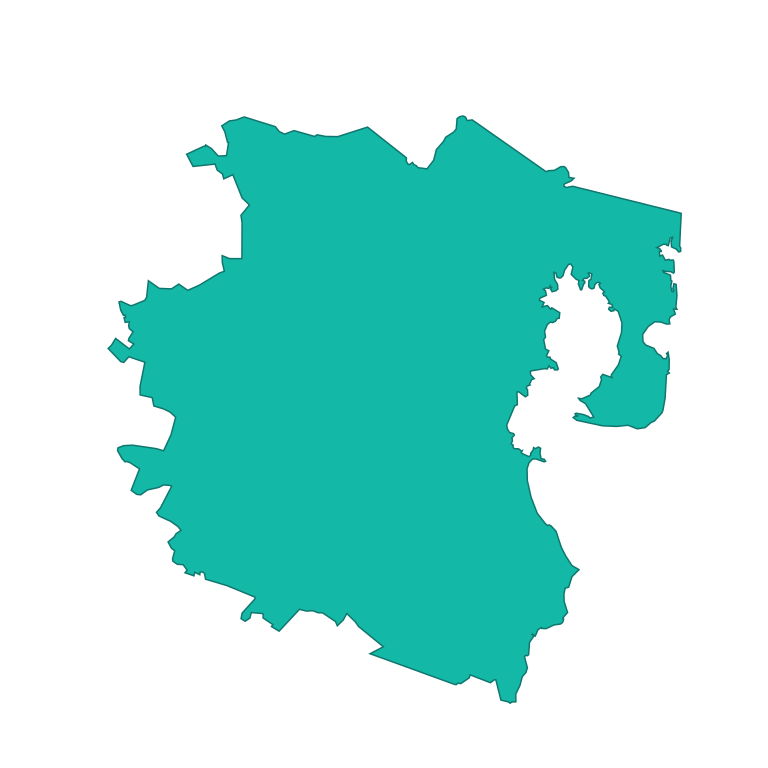 San Antero, Córdoba, Colombia (Natural Earth projection), rotated 104°
{"feature_id": "7082276B13648445071260", "entity_name": "San Antero", "entity_type": "district", "adm_level": 2, "iso_a3": "COL", "parent_name": "Colombia", "parent_adm1": "Córdoba", "projection": "natural_earth1", "projection_center": [-75.777, 9.358], "detail": "fine", "context": "isolated", "style": "filled", "palette": "teal", "viewbox_px": 768, "rotation_deg": 104, "n_neighbors": 0, "source": "geoboundaries", "source_scale": "gbopen_adm2", "svg_char_len": 6171}
<svg xmlns="http://www.w3.org/2000/svg" viewBox="0 0 768 768"><g transform="rotate(104 384 384)"><path d="M416.3,660.2L426.0,644.8L426.0,641.7L419.3,638.2L420.7,621.3L445.5,620.1L453.6,618.0L453.3,605.6L461.0,602.0L461.5,591.9L463.0,584.8L466.6,578.1L485.0,578.4L502.1,581.7L501.8,589.4L504.2,613.2L506.8,621.7L510.2,626.6L513.1,626.4L519.8,620.1L522.2,616.4L521.5,615.3L521.7,611.6L525.5,600.7L548.4,603.6L550.9,597.2L550.4,593.3L544.1,588.0L538.8,577.5L535.3,573.5L534.2,567.6L534.6,565.3L558.1,570.9L563.6,573.7L566.6,570.2L568.8,558.1L571.9,549.9L575.1,545.5L579.5,549.5L582.8,550.4L589.5,555.3L594.8,550.5L596.5,546.7L604.7,546.9L607.1,545.9L608.9,541.0L607.9,535.1L612.3,530.0L615.3,531.4L616.1,522.0L612.5,522.1L613.6,516.6L611.1,517.0L610.2,514.4L611.4,512.3L616.6,509.9L617.6,487.7L622.0,457.7L623.7,457.2L640.7,466.3L646.3,465.9L647.8,461.3L643.6,457.5L637.9,457.5L636.2,447.0L636.5,445.6L640.3,444.7L644.3,433.7L646.6,434.5L649.2,426.0L623.1,411.5L623.1,404.3L621.2,398.3L621.9,392.7L620.9,388.3L626.2,373.6L629.9,370.8L622.8,366.4L615.7,364.6L621.7,354.3L625.4,350.1L639.1,321.1L649.1,332.3L658.4,242.9L658.2,241.1L656.5,240.2L656.1,237.0L648.5,230.2L645.4,230.1L648.1,208.4L644.4,205.5L644.0,203.9L662.4,194.1L662.4,186.8L663.2,184.3L661.6,183.0L660.5,179.2L652.8,181.1L643.9,179.2L634.4,179.0L629.7,176.5L624.7,176.2L614.8,181.6L613.1,181.0L612.9,179.1L611.7,178.2L599.4,180.3L592.2,177.6L591.2,179.8L590.7,179.6L592.0,176.3L585.1,175.1L582.3,172.5L583.0,171.9L582.2,167.6L576.7,160.8L574.2,154.7L572.1,153.0L568.6,152.8L567.9,154.0L561.3,150.6L551.3,156.7L544.1,158.6L538.3,158.8L536.5,155.7L525.5,155.0L517.0,149.9L514.7,157.7L506.9,166.1L499.5,172.5L485.2,181.5L481.2,187.7L480.8,189.6L481.7,190.9L480.6,193.5L472.3,204.1L458.1,214.0L442.9,221.6L431.6,224.7L425.3,224.2L421.0,221.8L419.9,218.7L420.8,209.8L419.9,208.5L418.3,210.2L418.4,213.5L413.5,215.9L408.5,216.5L407.8,218.9L410.1,221.4L409.5,223.4L412.3,223.4L415.6,224.9L417.8,224.4L419.4,225.9L418.1,232.9L417.4,234.2L415.2,233.8L415.8,234.6L414.3,237.7L415.3,242.1L413.6,243.8L412.1,243.8L411.3,246.1L408.0,245.6L405.0,246.9L402.1,245.1L400.8,246.2L400.7,250.4L398.0,253.2L394.2,255.0L373.8,251.9L371.8,249.6L359.6,253.1L359.0,251.5L362.2,243.7L360.1,241.8L354.7,243.4L353.6,244.9L351.6,244.8L349.6,242.0L349.1,242.8L344.0,241.8L342.5,239.5L339.8,243.7L336.8,245.1L335.6,244.2L330.2,231.8L330.0,229.3L326.5,228.3L328.3,225.8L327.2,223.4L329.0,222.1L328.5,219.3L327.3,218.5L321.6,222.1L319.5,228.4L317.8,229.4L318.4,231.8L317.4,233.2L311.9,232.1L311.1,235.7L302.3,239.8L299.5,238.6L293.9,241.0L286.9,239.9L283.5,237.5L283.7,235.5L281.8,232.9L278.4,231.7L277.9,229.9L272.3,230.7L269.5,239.6L271.1,240.3L268.4,244.5L270.9,249.2L266.1,248.4L265.2,253.5L263.1,253.6L258.7,247.9L254.4,249.9L253.4,252.3L251.5,249.9L251.4,247.1L248.7,246.5L249.8,245.9L249.7,244.7L251.6,245.3L253.8,243.2L251.8,239.6L249.8,238.3L245.4,239.7L241.2,243.8L234.5,246.1L234.7,244.0L238.3,242.1L238.8,239.7L238.2,238.1L235.6,236.5L230.0,236.3L223.3,233.9L222.4,231.8L224.9,229.0L232.3,228.9L235.9,222.9L236.4,219.9L239.9,219.6L245.1,216.0L244.7,215.0L238.6,214.5L237.5,213.6L235.7,214.1L235.5,216.5L233.3,215.6L232.4,212.8L230.0,210.8L228.9,210.8L227.1,212.8L226.5,212.0L226.9,208.9L232.4,208.5L233.9,210.2L240.0,209.0L241.2,207.0L241.4,205.2L240.1,203.4L237.0,203.5L234.2,202.2L233.4,200.2L233.9,198.4L235.5,199.5L238.4,197.5L241.2,192.3L242.9,193.6L244.9,192.2L245.1,190.2L249.7,185.1L251.4,185.9L251.7,182.1L254.3,180.6L255.0,183.9L257.2,184.0L258.5,181.4L257.4,178.8L255.6,178.6L256.8,174.4L267.1,167.9L276.6,166.0L290.7,166.8L296.1,163.7L298.3,163.6L299.6,160.5L308.7,161.2L320.3,165.7L322.6,164.5L321.7,174.1L324.7,175.4L327.2,174.0L334.4,174.5L342.8,180.9L344.6,180.9L350.4,188.3L350.8,191.8L352.6,189.6L354.3,183.7L365.3,172.5L367.2,176.0L366.1,177.6L365.4,183.0L365.8,190.1L366.5,191.4L367.6,190.5L368.2,187.7L369.1,191.1L370.8,192.3L372.6,188.0L371.7,161.9L368.9,148.1L365.0,137.2L366.2,127.4L363.1,120.0L356.7,115.5L354.6,112.7L344.6,107.3L342.0,107.0L329.9,107.8L306.6,112.2L304.3,109.8L303.1,112.0L300.9,110.9L290.8,113.3L284.4,116.1L286.1,117.2L287.4,115.8L291.2,116.3L291.8,119.5L289.4,122.6L288.4,126.1L284.1,130.7L282.9,139.4L280.3,142.9L273.4,145.0L264.4,141.6L258.1,136.3L256.9,130.4L257.5,124.3L256.5,121.2L252.6,122.9L249.7,122.4L245.6,118.2L241.2,121.2L240.6,117.8L238.9,119.4L227.5,121.1L216.7,124.6L216.6,127.0L221.8,126.7L223.1,125.5L224.4,125.6L224.6,127.0L219.8,129.4L214.5,129.5L214.1,130.7L209.1,132.4L208.1,139.7L207.2,139.4L206.4,141.7L206.6,138.0L205.6,132.9L206.4,129.9L205.2,129.4L195.0,132.4L193.7,133.4L194.7,136.5L194.1,137.7L195.9,140.9L191.5,145.0L193.1,147.5L188.6,148.9L188.3,147.0L187.6,147.3L185.9,149.4L185.7,152.3L180.8,146.8L180.1,143.4L181.0,143.1L181.0,141.6L173.1,141.6L171.8,139.5L176.2,139.9L181.4,138.2L182.5,132.9L184.6,129.9L183.6,128.3L180.2,129.0L178.7,130.5L146.5,136.9L146.5,248.7L149.3,254.8L148.4,257.4L146.4,257.5L141.6,251.4L138.4,249.4L138.8,254.5L134.0,256.2L130.0,260.3L129.5,262.0L130.4,265.1L135.5,270.4L137.2,276.0L138.8,278.0L106.4,362.3L108.3,367.0L105.3,369.5L104.8,372.0L106.2,375.2L108.8,377.3L119.1,375.6L122.7,377.3L129.6,383.8L134.3,385.0L143.9,389.9L154.8,389.9L164.8,394.3L165.9,403.3L164.3,405.6L163.8,408.2L162.1,409.9L164.9,412.4L164.9,413.9L162.4,416.3L159.1,417.0L138.7,462.1L155.2,488.8L157.9,500.5L158.4,509.3L160.6,511.2L159.9,532.6L165.6,540.9L164.4,546.8L160.6,551.7L158.7,584.3L163.6,591.4L166.2,597.7L172.8,603.9L177.7,599.5L187.5,594.2L187.5,593.2L200.6,592.1L202.9,600.0L197.3,608.4L195.2,614.9L196.7,614.9L196.8,616.2L208.8,631.1L219.1,621.9L211.5,601.1L216.8,597.6L219.3,591.5L223.7,589.1L217.5,581.3L237.8,566.7L242.8,557.9L254.9,563.6L262.0,560.7L296.7,552.2L299.7,564.1L298.6,572.1L305.4,570.2L313.2,566.2L316.2,570.6L332.9,587.2L340.6,597.1L336.7,607.3L343.1,613.2L345.6,625.2L340.8,637.6L357.3,635.3L360.8,636.4L368.7,647.2L369.3,649.2L367.4,659.2L368.5,661.0L376.1,657.3L380.4,653.5L379.8,651.9L381.7,650.8L382.5,652.3L386.8,650.0L385.2,646.1L389.2,645.9L391.9,644.5L394.1,640.1L401.3,642.5L403.8,642.5L405.7,636.4L411.6,639.6L404.7,655.4L412.0,657.7L416.3,660.2Z" fill="#14b8a6" stroke="#0f766e" stroke-width="1.5"/></g></svg>